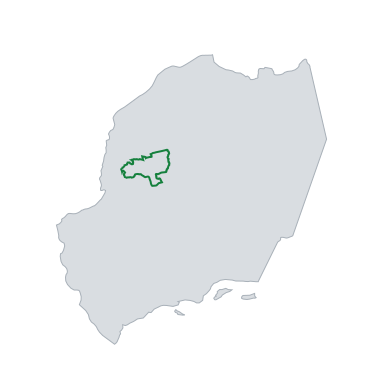 Chunya, Mbeya, United Republic of Tanzania (highlighted), rotated 77°
{"feature_id": "72390352B92011686492741", "entity_name": "Chunya", "entity_type": "district", "adm_level": 2, "iso_a3": "TZA", "parent_name": "United Republic of Tanzania", "parent_adm1": "Mbeya", "projection": "robinson", "projection_center": [33.407, -7.806], "detail": "fine", "context": "in_parent", "style": "outline", "palette": "green", "viewbox_px": 384, "rotation_deg": 77, "n_neighbors": 0, "source": "geoboundaries", "source_scale": "gbopen_adm2", "svg_char_len": 8625}
<svg xmlns="http://www.w3.org/2000/svg" viewBox="0 0 384 384"><g transform="rotate(77 192 192)"><path d="M145.8,273.5L142.0,271.2L138.5,269.9L135.7,268.3L134.4,266.8L131.7,266.2L129.4,266.0L127.3,264.6L122.9,264.1L122.4,263.1L122.3,261.1L121.5,260.5L119.9,260.0L118.2,260.0L117.2,260.3L116.5,260.2L115.1,259.0L113.8,257.4L113.3,255.0L111.3,253.4L108.9,252.1L102.5,252.3L101.5,251.9L100.0,250.6L98.2,248.6L96.7,246.2L95.4,243.0L94.1,238.7L86.7,221.5L85.9,218.3L84.5,214.7L82.1,210.2L79.6,206.9L76.2,204.0L72.4,201.0L70.3,199.0L66.3,190.9L65.5,187.1L64.8,183.2L65.1,181.6L67.6,176.5L67.8,175.1L67.5,173.2L66.3,169.1L64.7,164.3L61.5,155.3L61.1,153.1L61.1,151.4L63.0,142.4L62.9,141.1L70.4,141.3L75.8,137.3L80.5,131.4L81.4,128.9L83.3,125.1L85.2,123.2L85.9,121.9L87.0,118.1L89.5,115.5L91.9,113.6L91.4,112.2L91.7,111.7L93.0,110.6L95.6,109.7L96.1,107.7L96.1,105.5L95.7,104.2L95.8,102.8L95.4,102.0L93.7,101.8L91.2,100.6L89.1,100.2L87.7,99.5L87.2,99.0L87.0,97.7L88.1,94.2L87.0,92.8L89.5,87.1L90.0,86.4L90.9,86.3L92.4,85.7L93.8,85.4L94.9,85.6L95.8,85.4L96.5,84.7L97.1,82.8L97.6,79.5L97.3,76.8L96.3,74.8L96.0,71.7L96.5,67.5L96.1,64.0L94.9,61.2L93.7,59.6L91.8,58.8L88.9,54.5L88.0,52.5L88.2,51.2L89.2,50.6L91.0,50.8L92.8,50.3L94.4,49.2L96.0,48.8L96.9,49.0L170.8,49.0L257.2,103.6L257.5,104.2L258.2,109.0L258.1,110.5L256.7,113.3L256.3,114.7L256.3,115.7L256.6,116.0L257.8,116.2L258.7,116.8L259.1,117.3L259.8,119.4L260.8,120.4L293.6,147.2L294.3,147.6L293.8,149.8L292.0,155.3L291.9,157.5L291.1,160.2L290.4,162.0L288.5,169.6L286.9,172.5L284.7,179.2L284.4,184.4L285.6,188.0L286.0,191.4L288.5,194.7L290.5,195.8L291.9,197.4L294.3,200.8L295.7,204.3L300.0,206.0L301.7,209.9L301.1,212.5L299.1,214.7L297.2,218.3L295.6,223.0L295.6,230.3L296.6,229.2L298.9,230.9L299.2,236.2L296.8,242.4L296.0,245.3L295.9,247.8L297.6,255.2L300.2,258.9L300.0,260.1L299.3,261.1L303.8,267.8L303.4,273.6L305.0,278.1L305.8,282.0L306.9,285.0L307.1,287.1L305.7,289.4L308.9,289.9L310.8,291.8L311.7,293.6L314.1,293.5L315.3,294.8L317.2,295.8L321.2,298.8L322.3,300.3L322.9,301.7L311.7,311.3L307.7,313.7L304.8,314.8L301.7,315.5L298.8,317.0L296.0,319.3L292.5,320.5L288.2,320.5L283.6,322.2L276.5,327.1L272.4,324.4L269.1,323.5L265.4,323.6L263.1,323.9L262.3,324.5L261.6,326.2L261.0,328.9L258.5,331.6L254.2,334.1L250.3,335.0L246.6,334.4L244.2,333.3L242.9,331.9L241.0,331.2L238.5,331.3L236.2,332.4L233.9,334.3L230.2,335.2L225.2,334.9L222.6,334.0L222.2,332.3L220.0,330.4L216.0,328.2L213.1,328.1L211.2,330.3L209.4,331.6L207.9,332.1L206.5,332.2L204.4,331.6L198.9,331.4L193.7,331.5L193.2,328.4L192.1,326.6L191.1,325.4L189.3,325.2L188.8,324.3L188.2,322.4L187.3,320.8L186.2,319.4L185.5,318.2L185.2,317.0L185.4,315.8L186.5,312.7L186.9,310.5L186.7,308.3L186.1,306.0L184.9,303.4L185.0,302.6L184.6,300.8L184.6,299.5L184.8,297.9L184.6,295.8L183.5,291.3L183.5,290.1L182.4,288.0L178.9,282.8L178.8,282.2L173.3,277.0L171.1,275.9L170.3,276.8L170.0,277.7L170.3,279.4L170.1,280.2L169.9,280.6L168.6,280.5L167.8,280.3L165.7,278.9L164.1,278.6L160.1,278.9L158.7,279.2L157.6,278.9L155.5,276.5L153.0,276.0L150.8,275.9L147.1,273.2L145.8,273.5ZM300.7,187.2L302.4,192.9L302.2,193.9L300.9,194.6L300.3,194.6L299.5,193.7L298.9,191.8L298.0,192.3L296.3,190.0L294.7,189.8L293.3,187.1L293.8,184.7L293.5,180.7L295.3,178.6L296.3,175.1L297.4,177.5L297.7,181.2L299.2,185.6L300.7,187.2ZM309.4,153.3L309.6,154.6L309.2,155.9L309.3,159.9L309.1,162.6L307.8,166.3L306.7,167.6L305.7,167.3L304.9,166.7L304.3,165.6L305.6,158.8L304.9,153.8L307.5,154.3L309.4,153.3ZM305.5,235.3L304.3,235.7L303.8,235.3L303.0,234.2L304.4,233.3L305.7,231.4L308.7,228.7L310.2,226.6L309.9,228.7L308.2,233.3L306.7,233.6L305.5,235.3Z" fill="#d9dde1" stroke="#a8b0b8" stroke-width="1"/><path d="M175.8,219.1L175.0,219.3L174.8,219.4L174.4,219.6L173.9,219.6L173.6,219.8L173.1,219.8L172.6,219.9L172.3,220.1L172.0,220.1L171.8,220.2L171.7,220.3L171.5,220.5L171.4,220.8L171.4,221.1L171.4,221.3L171.5,221.7L171.6,221.8L171.3,222.5L171.2,222.6L170.8,223.3L170.7,223.4L170.2,223.4L169.7,223.5L169.5,223.4L169.2,223.2L168.9,223.3L168.6,223.4L168.4,223.4L168.2,223.3L167.8,223.2L167.4,223.2L166.8,223.3L166.6,223.2L166.4,223.0L166.4,222.9L166.5,222.6L166.6,222.0L166.9,221.5L167.0,221.3L166.8,220.7L166.9,220.2L166.6,219.3L166.6,219.1L166.4,218.6L166.4,218.2L166.2,217.8L166.2,217.4L166.2,217.1L166.3,216.8L166.3,216.3L166.4,215.8L166.6,214.0L166.7,213.1L166.7,212.9L166.6,212.6L166.4,212.4L165.8,212.3L165.6,212.1L165.4,212.2L165.2,212.1L164.8,211.8L164.6,211.5L164.3,211.5L164.1,211.4L163.8,210.6L163.6,210.5L163.6,210.4L163.3,210.3L163.3,210.2L163.2,210.2L162.9,209.9L162.5,209.8L162.4,209.7L162.1,209.5L161.5,209.2L161.4,209.1L161.2,209.0L161.0,208.7L160.9,208.5L160.8,208.4L160.6,208.1L160.4,208.0L160.2,208.0L159.8,208.1L159.3,207.8L159.1,207.6L158.9,207.6L158.6,207.7L158.4,207.6L158.2,207.7L158.0,207.9L157.8,207.9L157.7,208.0L157.4,207.8L157.2,207.9L156.9,207.8L156.6,207.9L156.4,208.1L156.2,208.0L155.6,207.9L155.4,207.9L155.2,207.8L155.1,207.7L155.0,207.8L154.8,207.7L154.8,207.8L154.7,207.8L154.5,207.7L154.3,207.7L154.1,207.8L153.5,207.9L153.2,208.0L152.9,207.9L152.5,208.0L152.2,207.8L151.9,207.4L151.7,207.4L151.3,207.0L150.6,206.9L150.5,206.7L150.3,206.6L150.0,206.2L149.7,206.1L149.6,205.9L149.5,205.7L149.3,205.6L149.0,205.7L148.8,205.7L148.5,205.7L148.3,205.6L148.1,205.8L147.7,205.7L147.3,205.7L147.2,205.8L147.0,206.0L146.9,206.1L146.6,206.3L146.4,206.5L146.3,206.4L146.1,206.5L145.8,206.4L145.7,206.6L145.4,206.7L145.4,206.8L145.3,207.0L145.2,207.2L145.2,207.3L145.3,209.2L145.3,210.1L145.3,213.2L145.2,217.8L145.2,218.4L145.2,218.6L145.3,219.7L145.2,221.2L145.3,221.7L145.5,222.2L145.7,222.6L145.8,223.8L146.3,223.8L146.6,223.7L146.8,223.5L147.1,223.4L147.3,223.3L148.1,223.3L148.6,223.5L148.6,223.9L148.6,224.1L148.6,224.4L148.4,225.0L148.4,225.9L148.4,226.2L148.4,228.7L148.5,229.1L148.6,229.4L147.5,229.4L147.3,229.9L147.0,230.2L146.9,230.6L146.8,230.9L146.7,231.2L146.5,231.6L146.3,231.9L146.3,232.1L146.1,232.5L146.6,232.5L147.2,232.5L147.5,232.5L147.9,232.4L148.8,232.5L149.8,232.4L149.5,232.9L149.4,233.0L149.2,233.3L149.1,233.7L148.9,234.1L148.8,234.4L148.2,235.5L148.3,235.8L148.4,236.1L148.4,236.3L148.4,236.6L148.2,237.2L148.1,237.5L147.8,237.9L147.7,238.4L147.6,238.5L147.5,238.8L147.6,239.2L147.5,239.4L147.5,239.9L147.2,240.3L147.2,240.5L147.1,240.8L147.1,241.0L147.1,241.4L147.0,241.5L147.2,241.9L147.2,242.1L147.3,242.3L147.2,242.4L147.2,242.5L147.0,242.8L147.0,243.1L147.0,243.3L147.2,243.6L147.2,243.8L147.3,243.7L147.5,243.6L147.8,243.4L148.2,243.2L148.3,243.1L148.5,242.7L148.9,242.6L149.4,242.8L149.6,242.7L149.7,242.8L150.0,242.9L150.3,242.9L150.5,242.8L150.9,243.0L151.2,243.1L151.3,243.2L151.4,243.6L151.5,243.6L151.5,244.0L151.5,244.3L151.4,244.4L151.2,244.5L151.0,245.0L150.6,245.2L150.5,245.3L150.3,245.8L150.2,245.9L150.0,246.0L149.6,246.1L149.2,246.2L149.1,246.5L149.0,246.9L149.0,247.5L148.9,247.6L148.8,247.9L148.8,248.1L149.3,248.2L149.5,248.3L149.8,248.6L149.9,248.9L149.9,249.0L150.1,249.1L150.5,249.1L150.7,249.4L150.7,250.5L150.8,251.3L151.0,251.5L150.9,251.7L151.2,251.8L151.3,252.0L151.6,252.2L151.8,252.4L152.1,252.8L152.2,253.1L152.4,253.3L152.6,253.6L152.6,254.3L153.0,254.5L153.1,254.8L153.0,255.0L153.0,255.3L153.0,255.2L153.7,255.6L154.2,255.9L154.5,255.7L154.8,255.7L155.1,255.7L155.5,255.6L156.7,255.6L156.4,255.4L156.2,255.4L156.1,255.0L156.1,254.9L156.1,254.7L155.9,254.0L156.0,253.9L156.5,253.8L156.8,253.6L157.1,253.3L157.4,253.3L157.7,253.0L158.0,252.9L158.2,253.3L158.4,253.4L158.7,253.6L158.8,253.9L159.0,254.1L159.6,254.5L159.8,254.5L160.2,254.5L160.5,254.4L160.5,254.2L162.0,254.1L162.3,254.1L162.6,253.7L162.8,253.3L163.1,252.7L163.4,252.5L163.4,252.3L163.4,252.1L163.3,251.5L163.3,251.0L163.5,250.6L163.6,249.9L163.7,249.6L163.6,249.1L163.7,248.9L163.7,248.7L163.8,248.5L163.8,248.3L164.0,247.9L164.4,247.6L164.4,247.1L164.4,246.7L164.4,246.3L164.4,245.9L164.2,245.3L164.0,245.2L163.7,245.1L163.6,244.9L163.5,244.4L163.2,244.2L162.9,244.0L162.6,243.8L162.4,243.8L162.3,243.7L162.1,243.5L162.1,243.1L162.0,242.5L162.1,241.9L162.2,241.2L162.2,240.9L162.3,240.7L162.4,240.4L162.5,240.0L162.7,239.8L162.8,239.7L162.8,239.4L162.9,238.9L163.1,238.7L163.1,238.4L163.1,237.9L163.3,237.7L164.0,237.3L164.4,237.0L164.7,236.6L165.1,236.3L165.3,236.0L165.4,235.7L166.2,235.2L166.5,235.0L166.6,234.7L166.9,234.4L167.0,234.3L167.0,233.8L167.0,233.0L167.0,232.6L167.0,232.3L167.0,231.7L167.1,231.3L167.2,231.2L167.3,231.0L167.8,230.6L168.4,230.5L169.0,230.3L169.8,230.4L170.3,230.3L170.8,230.2L171.1,230.2L171.3,230.2L172.1,230.0L173.3,230.0L174.2,230.1L175.3,230.0L176.5,229.7L177.0,229.4L177.1,229.2L177.6,225.7L177.5,225.0L175.9,222.4L175.8,219.1Z" fill="none" stroke="#15803d" stroke-width="2"/></g></svg>